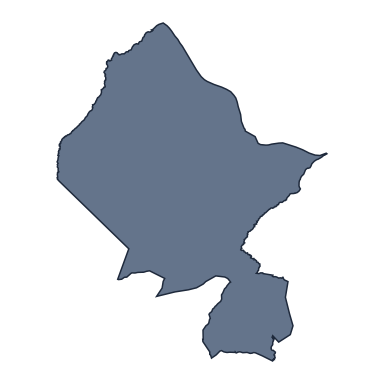 Mulobezi, Western, Zambia
{"feature_id": "96606910B3196683578902", "entity_name": "Mulobezi", "entity_type": "district", "adm_level": 2, "iso_a3": "ZMB", "parent_name": "Zambia", "parent_adm1": "Western", "projection": "mercator", "projection_center": [24.85, -16.28], "detail": "fine", "context": "isolated", "style": "filled", "palette": "slate", "viewbox_px": 384, "rotation_deg": 0, "n_neighbors": 0, "source": "geoboundaries", "source_scale": "gbopen_adm2", "svg_char_len": 5906}
<svg xmlns="http://www.w3.org/2000/svg" viewBox="0 0 384 384"><path d="M326.2,153.2L320.0,155.5L315.1,155.1L309.2,153.1L302.7,149.8L296.0,147.1L282.8,142.9L278.9,143.1L271.8,144.1L268.3,145.0L265.8,145.1L260.5,144.6L258.1,143.3L255.1,136.6L245.3,131.1L245.0,129.3L244.0,128.1L241.4,121.4L240.6,114.4L238.2,106.6L237.2,102.1L235.8,98.0L233.9,95.3L230.7,91.7L226.5,89.3L221.6,87.1L214.1,84.5L207.3,81.5L204.4,79.7L201.2,76.7L196.5,70.1L182.3,46.2L180.0,43.2L177.8,39.4L174.8,35.9L171.7,31.2L169.4,28.2L167.0,25.7L163.2,23.0L158.9,24.4L156.7,25.7L153.0,29.3L151.6,29.9L152.8,30.4L152.4,30.9L150.0,32.1L148.1,31.8L146.2,32.7L144.6,34.9L144.2,36.6L143.0,37.5L141.7,41.1L139.5,41.8L138.5,43.3L138.5,43.9L138.1,44.1L136.4,43.7L134.0,44.8L132.3,47.1L131.2,49.8L128.8,50.6L128.2,51.8L127.0,51.7L125.9,52.1L124.4,53.8L121.8,53.9L119.8,54.8L118.9,54.7L118.8,54.2L117.9,53.9L117.3,52.9L116.4,52.5L115.8,52.4L114.5,52.9L114.1,53.8L113.7,54.1L113.7,54.9L113.1,55.3L113.0,56.5L112.6,56.7L112.0,58.1L111.6,58.5L111.3,59.2L111.6,60.1L109.8,61.0L109.0,60.6L108.9,60.1L108.2,60.1L107.5,61.3L106.7,61.7L106.6,62.6L106.9,62.8L106.5,63.9L107.5,65.2L107.8,66.9L106.9,68.3L106.1,68.5L106.0,69.6L105.4,70.6L104.4,71.1L104.0,72.4L105.5,74.3L105.0,74.9L105.4,75.7L105.0,76.1L105.7,77.3L105.8,79.3L105.5,79.5L105.5,80.5L104.8,80.8L104.5,81.3L104.8,82.4L104.4,83.2L105.2,86.7L104.9,87.1L104.3,87.1L104.0,87.6L103.7,87.5L103.2,88.5L102.0,89.3L101.8,89.8L101.3,89.8L101.5,92.3L100.8,94.7L98.3,97.5L97.7,97.6L96.7,99.6L96.6,100.4L95.8,101.2L95.6,102.4L94.2,104.3L92.6,104.8L92.9,105.6L92.4,106.6L92.4,107.3L92.8,107.6L92.3,109.4L91.6,110.4L90.1,111.1L89.2,112.0L87.7,114.4L87.5,115.4L86.5,116.6L85.5,117.4L84.3,119.8L81.7,121.9L80.3,123.8L79.5,124.1L79.2,125.1L77.2,126.7L76.7,127.6L75.3,128.4L73.5,130.3L72.7,130.6L72.7,131.1L71.8,131.7L70.8,133.5L70.1,133.6L69.5,134.4L67.6,134.9L66.0,136.3L65.7,136.1L65.5,136.5L65.2,136.4L64.4,136.9L64.2,137.6L63.6,137.7L61.9,139.4L61.8,140.5L60.5,142.0L60.9,142.9L60.3,143.7L59.9,143.6L59.8,144.6L59.5,144.6L59.7,145.1L59.3,145.3L59.4,146.1L60.2,146.4L60.0,147.9L60.4,147.9L60.1,148.0L60.1,148.6L59.7,148.7L60.0,149.0L59.7,149.8L58.8,150.2L58.9,150.8L58.4,151.8L58.8,153.1L58.4,153.4L58.5,153.8L57.9,155.4L58.7,155.8L58.4,156.1L58.5,156.8L58.2,157.5L57.9,160.0L57.1,161.9L58.1,163.4L57.3,164.5L57.7,165.9L57.3,166.8L57.5,167.4L58.3,168.2L58.1,169.5L58.3,170.5L58.1,171.0L58.8,171.8L58.6,172.1L58.2,171.9L57.5,172.7L57.6,173.7L57.3,174.1L57.7,177.0L57.2,177.7L57.6,177.8L57.5,179.3L58.0,179.5L58.2,180.2L128.8,248.8L117.7,279.3L118.5,279.6L121.7,279.2L124.4,277.3L126.8,277.1L131.1,273.3L131.9,272.9L135.0,273.0L137.8,272.4L143.7,272.2L146.6,271.3L149.5,270.8L164.7,278.4L163.2,281.4L162.1,288.1L156.6,296.4L175.0,291.9L188.4,289.8L196.5,287.8L203.3,284.0L205.7,281.6L215.8,275.9L224.7,277.0L226.8,278.0L228.0,278.8L230.6,282.1L229.3,283.0L227.0,285.8L226.1,287.4L224.5,288.9L222.8,292.9L221.5,294.9L221.7,299.1L220.7,301.3L217.7,303.8L216.0,305.8L215.3,306.2L213.7,308.4L212.7,309.0L211.7,311.6L209.7,313.2L209.0,314.3L210.3,318.5L209.6,319.2L208.8,323.0L207.9,324.3L205.9,325.8L203.0,330.1L203.2,339.3L202.7,339.3L202.9,341.6L209.7,351.8L209.8,354.5L210.6,355.1L211.5,358.1L216.2,354.9L219.9,351.1L221.5,350.6L223.9,351.9L227.0,352.5L229.7,352.2L234.5,352.4L235.1,352.3L235.2,351.9L236.0,352.9L236.5,352.9L238.1,352.1L240.0,351.8L242.8,352.7L247.1,352.4L250.2,353.4L252.3,353.1L253.2,352.6L255.1,352.7L262.2,355.8L272.6,361.0L273.1,360.4L273.0,359.9L273.5,360.0L273.7,359.2L274.1,359.3L274.0,359.0L274.3,359.1L274.8,358.6L274.7,357.9L275.1,357.5L274.7,356.4L274.7,355.7L274.2,355.4L274.0,354.8L274.4,354.0L275.0,353.7L275.4,352.2L273.2,350.3L272.5,350.4L271.8,350.1L271.3,349.5L271.3,348.5L271.0,348.1L271.5,346.4L272.7,344.7L272.8,342.0L273.5,340.7L273.3,340.3L274.0,339.4L273.8,338.4L273.3,338.2L273.2,338.6L272.8,338.6L272.6,338.0L272.8,337.7L272.1,337.3L272.7,335.7L278.7,342.1L290.3,334.6L293.0,325.8L289.5,313.7L285.4,297.3L288.0,281.6L284.4,279.9L283.8,279.3L283.0,277.3L282.4,277.4L281.9,278.2L280.3,277.8L278.7,278.1L276.7,277.0L275.1,276.6L273.7,276.8L272.7,276.3L272.1,276.8L272.9,275.2L263.1,273.6L262.9,273.0L262.5,272.9L260.4,272.9L259.0,273.6L256.4,273.3L257.3,272.3L257.8,270.9L258.5,270.5L258.7,268.0L259.2,267.7L259.3,267.1L260.0,266.3L259.8,263.9L258.9,263.7L258.0,262.3L256.6,262.0L256.5,260.8L254.6,259.3L254.1,259.7L253.8,258.5L252.5,258.7L251.5,258.0L250.6,257.9L250.6,257.0L251.1,257.0L251.5,256.3L251.3,255.9L250.6,255.2L249.8,255.2L249.9,254.9L249.6,254.6L248.0,254.5L247.5,252.9L246.0,253.2L245.0,252.0L244.0,251.7L243.8,250.7L243.0,250.2L241.9,250.5L240.7,249.8L240.9,249.0L241.8,248.4L241.2,246.8L242.0,245.3L242.7,245.0L242.9,244.5L243.4,244.4L243.4,243.8L244.0,243.6L244.1,243.0L244.6,242.8L243.8,242.1L244.4,240.6L244.2,239.5L245.5,238.8L246.1,237.7L247.4,236.8L247.3,235.5L247.8,234.5L247.3,233.9L248.2,232.5L248.0,231.9L250.4,231.0L250.8,230.2L251.4,230.1L252.7,229.0L254.1,226.7L254.6,226.6L254.1,225.2L254.4,225.3L254.8,224.6L255.0,224.9L255.2,224.2L256.5,224.1L256.4,223.1L257.1,222.3L256.9,221.7L257.3,221.9L257.5,221.1L258.7,219.7L258.6,219.0L259.9,217.9L260.4,216.5L261.9,216.3L262.5,215.0L263.2,215.0L264.5,213.6L264.5,213.1L265.6,212.8L269.2,209.3L269.6,209.3L270.9,208.1L272.1,207.9L272.5,208.2L273.7,207.8L273.9,207.3L275.1,206.8L275.2,206.4L275.9,206.6L277.0,205.6L277.3,204.7L278.5,204.6L278.8,203.3L280.0,202.3L282.2,202.3L284.5,200.5L285.2,200.6L285.9,200.2L286.0,199.7L286.5,199.6L286.5,198.9L287.3,197.4L289.1,195.6L290.0,194.0L291.1,193.6L294.0,193.5L295.0,193.0L295.3,193.2L297.3,192.5L299.2,190.9L300.4,188.9L299.4,187.2L299.0,185.9L299.1,182.3L299.5,180.5L300.3,179.3L300.6,177.9L301.6,176.2L303.7,174.2L305.6,169.6L307.4,168.2L308.1,168.3L310.0,167.7L310.9,166.2L311.9,163.7L314.3,161.2L316.9,159.5L317.7,159.4L320.6,157.8L322.8,156.3L323.3,155.5L324.5,155.2L326.9,153.8L326.2,153.2Z" fill="#64748b" stroke="#1e293b" stroke-width="1.5"/></svg>